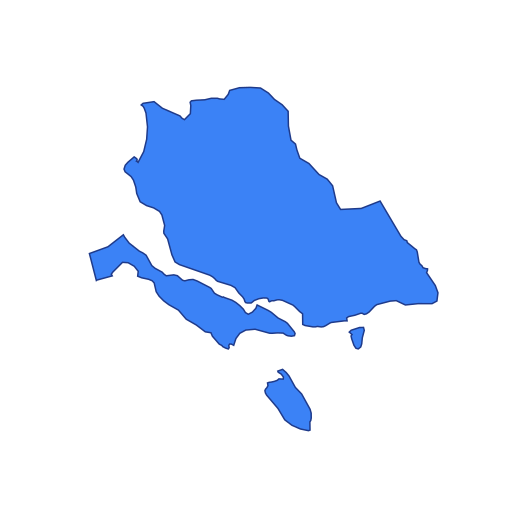 the border of Çanakkale, rotated 250°
{"feature_id": "TUR-2239", "entity_name": "Çanakkale", "entity_type": "Province", "adm_level": 1, "iso_a3": "TUR", "parent_name": "Turkey", "parent_adm1": "", "projection": "equal_earth", "projection_center": [26.526, 40.093], "detail": "fine", "context": "isolated", "style": "filled", "palette": "blue", "viewbox_px": 512, "rotation_deg": 250, "n_neighbors": 0, "source": "natural_earth", "source_scale": "10m", "svg_char_len": 3690}
<svg xmlns="http://www.w3.org/2000/svg" viewBox="0 0 512 512"><g transform="rotate(250 256 256)"><path d="M265.2,391.4L225.0,398.9L220.7,400.7L218.8,402.9L216.8,402.8L208.4,407.8L206.9,408.9L204.6,408.9L194.5,407.0L192.5,407.3L190.0,408.6L187.9,408.9L186.2,411.0L185.9,411.5L185.3,412.8L184.0,412.3L182.0,410.6L166.9,414.4L159.2,414.4L151.8,410.6L151.0,405.1L155.8,392.0L158.9,379.6L166.1,372.5L167.7,366.7L169.0,352.9L168.2,350.2L164.7,343.2L163.9,340.0L164.1,337.7L165.0,336.9L165.8,336.3L166.4,334.8L166.5,328.8L167.4,322.3L166.8,320.0L163.9,319.4L164.9,316.6L167.8,304.0L167.7,302.5L166.7,297.6L166.5,295.3L167.0,293.1L168.8,289.7L169.1,287.6L169.9,285.3L173.9,278.3L175.7,276.5L185.8,280.0L188.9,278.0L195.2,275.1L197.3,273.9L205.3,265.7L207.0,262.8L207.6,260.8L207.8,257.5L208.4,256.0L208.6,255.0L208.4,253.9L208.4,253.0L209.0,252.6L211.1,252.7L212.1,252.4L212.9,251.6L214.1,248.5L214.9,244.0L214.8,239.2L213.5,235.5L214.8,231.8L215.8,230.3L217.1,230.0L219.5,230.1L222.1,229.5L227.1,227.2L233.4,225.5L237.0,222.4L245.4,211.2L247.1,210.1L248.8,209.5L251.3,208.1L253.7,206.1L274.1,181.1L278.1,177.9L285.9,177.4L302.3,178.8L308.8,177.2L310.9,177.8L315.9,180.6L326.7,181.6L330.9,180.6L336.2,176.3L340.8,170.4L346.6,165.7L355.5,165.3L361.9,166.6L369.2,166.8L373.4,165.8L379.9,161.8L382.8,161.7L386.0,164.2L387.9,167.7L390.8,175.4L388.2,177.2L386.9,177.2L386.0,176.1L385.7,176.5L384.3,177.2L392.5,186.2L403.1,193.2L414.4,198.2L427.9,201.5L433.2,201.5L435.3,201.1L437.2,199.8L438.1,202.1L435.9,213.0L426.8,218.6L413.6,232.5L410.7,233.6L408.6,235.4L412.2,243.0L419.7,246.2L423.0,246.7L423.9,248.4L422.8,253.2L420.3,261.3L419.5,267.9L417.4,273.7L416.0,275.6L414.1,279.7L417.4,285.2L420.6,287.9L419.8,298.0L416.4,308.3L412.3,317.7L404.9,323.4L396.8,326.9L389.2,332.3L381.0,335.7L367.0,330.9L352.9,328.5L347.7,331.4L341.7,330.7L332.9,330.6L324.8,337.4L311.0,343.1L303.9,349.2L295.8,352.0L278.5,349.8L270.8,351.4L264.7,371.2L265.2,391.4ZM321.3,138.6L318.7,139.0L311.5,141.2L300.5,148.0L297.6,150.7L294.3,153.0L282.6,154.8L279.0,156.9L272.9,162.3L270.3,163.4L268.1,164.9L266.4,172.3L264.4,175.4L258.3,178.7L257.0,180.6L256.6,184.8L255.5,188.8L252.6,192.2L242.2,201.8L240.8,202.8L235.3,204.2L232.8,206.2L228.7,210.4L228.7,211.3L227.7,212.2L222.7,218.3L219.3,221.1L214.9,223.8L210.4,225.9L206.5,226.7L203.9,228.8L204.5,233.4L206.9,238.0L209.6,240.3L200.5,249.0L197.7,251.2L190.1,255.6L184.3,261.0L182.0,262.5L171.8,266.0L169.8,266.2L168.0,264.9L168.5,261.9L170.0,258.9L171.1,257.5L174.3,255.1L176.4,249.9L177.9,244.6L178.9,242.2L187.5,230.1L189.9,221.1L188.9,214.3L185.3,208.9L179.7,204.5L181.6,202.8L182.3,201.2L181.4,199.9L179.0,199.4L178.1,198.2L179.9,195.9L182.3,193.7L183.6,193.3L185.8,191.3L195.5,187.6L199.3,187.4L202.1,182.4L211.6,176.3L220.5,168.8L231.7,164.6L240.1,157.4L245.5,153.9L251.4,151.2L256.6,150.0L265.5,151.1L268.2,150.0L270.8,147.2L274.7,141.0L277.5,137.9L281.9,140.1L288.0,138.1L293.4,133.6L295.7,128.4L289.9,116.0L288.4,113.8L286.5,114.1L286.6,112.8L287.8,98.2L287.6,97.6L315.3,100.3L315.3,120.0L321.3,138.6ZM140.4,237.1L140.4,242.2L136.2,244.5L131.9,246.0L119.1,248.0L110.7,251.7L93.5,254.4L89.5,254.1L84.9,252.5L82.7,251.2L81.7,249.9L73.9,247.2L73.9,245.6L78.3,238.5L84.6,231.9L92.2,227.0L105.2,224.5L121.6,218.4L124.0,218.0L126.4,218.3L127.6,219.4L128.6,221.3L130.1,222.9L132.8,223.4L132.8,225.1L132.3,227.2L131.9,230.4L131.9,233.5L132.7,235.5L131.0,239.4L132.9,240.4L136.4,239.3L139.2,237.1L140.4,237.1ZM149.4,319.4L152.6,317.6L153.7,320.1L153.4,328.8L152.1,332.6L149.1,332.3L142.9,328.0L137.3,325.3L134.7,323.3L133.7,320.3L135.2,318.3L138.7,317.5L145.5,317.6L146.7,317.8L147.6,317.8L148.5,318.1L149.4,319.4Z" fill="#3b82f6" stroke="#1e3a8a" stroke-width="1.5"/></g></svg>